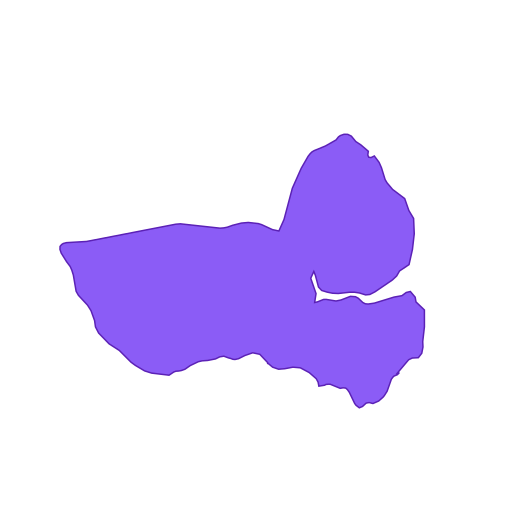 outline of Yangon, rotated 289°
{"feature_id": "MMR-3269", "entity_name": "Yangon", "entity_type": "Division", "adm_level": 1, "iso_a3": "MMR", "parent_name": "Myanmar", "parent_adm1": "", "projection": "orthographic", "projection_center": [96.162, 17.041], "detail": "fine", "context": "isolated", "style": "filled", "palette": "violet", "viewbox_px": 512, "rotation_deg": 289, "n_neighbors": 0, "source": "natural_earth", "source_scale": "10m", "svg_char_len": 2271}
<svg xmlns="http://www.w3.org/2000/svg" viewBox="0 0 512 512"><g transform="rotate(289 256 256)"><path d="M395.5,295.2L397.3,296.5L399.7,299.5L400.9,303.1L400.4,307.1L396.7,313.1L395.2,319.0L391.6,328.1L387.9,328.8L386.1,330.4L386.5,332.7L389.1,335.3L384.6,341.9L380.3,345.9L370.3,353.2L367.9,356.0L363.4,363.5L358.7,377.9L348.8,385.7L342.8,392.8L328.5,398.4L313.1,401.8L297.7,403.5L288.6,396.6L282.9,395.5L277.8,392.8L260.9,380.2L256.7,376.2L254.9,372.3L254.7,365.8L253.8,360.9L252.3,356.5L247.3,345.9L245.7,340.4L245.0,335.0L244.8,329.3L247.0,325.2L257.1,318.4L260.2,315.7L252.8,315.0L240.0,325.0L231.1,326.6L232.6,329.0L236.9,334.0L237.8,336.4L239.5,346.3L242.1,350.7L248.6,358.4L249.9,363.3L249.4,366.4L246.8,372.1L246.4,374.9L247.1,377.7L250.0,383.3L262.1,399.9L266.0,406.9L270.4,409.9L272.7,413.5L268.9,419.9L264.7,422.2L259.8,432.8L243.9,438.3L229.4,441.5L224.3,443.5L218.0,444.4L212.7,442.6L210.4,437.0L207.6,434.1L189.8,427.2L192.5,429.6L192.4,429.5L189.8,428.3L187.3,425.5L185.8,424.8L183.5,424.1L170.8,424.0L165.8,422.8L164.1,422.2L158.8,419.2L154.6,414.6L154.3,410.9L153.7,409.6L152.7,408.0L148.4,405.7L146.1,403.1L147.4,399.2L148.7,397.3L157.5,388.6L159.4,386.0L160.3,383.9L160.0,382.3L159.7,381.2L158.3,378.7L158.9,367.9L158.4,366.3L157.3,363.9L156.2,363.0L153.4,357.8L156.9,355.8L159.6,352.9L163.1,344.3L164.7,334.3L162.9,327.1L158.8,319.9L156.3,314.2L156.3,307.9L158.1,303.2L158.2,302.0L158.9,301.9L164.3,291.6L163.4,284.4L158.3,277.9L153.2,272.9L151.3,269.8L150.8,267.7L150.9,265.3L150.7,263.1L150.8,258.2L148.8,254.5L145.5,251.2L141.5,244.3L139.3,239.1L137.2,235.8L131.0,229.5L125.8,225.7L123.4,222.7L122.0,220.2L121.0,217.8L119.5,216.0L115.0,212.6L111.3,195.5L111.1,188.1L113.3,177.5L114.9,172.4L122.2,157.5L125.1,145.7L131.9,132.3L136.7,127.3L142.4,124.4L150.6,117.8L154.7,112.7L161.0,100.9L164.1,97.4L178.5,89.5L182.7,86.4L185.6,83.7L188.9,78.8L195.3,70.9L198.4,68.5L201.3,67.6L203.6,68.5L205.1,69.7L206.9,72.4L214.6,91.1L259.9,169.7L261.8,174.0L270.6,212.9L272.1,216.4L273.9,219.5L277.5,224.0L282.4,231.5L285.2,237.8L287.4,247.6L287.5,251.1L286.3,263.0L287.1,269.5L299.6,270.6L331.9,268.3L353.7,270.2L367.2,272.8L370.4,273.9L372.6,275.0L374.6,276.7L382.6,285.8L391.8,293.9L395.5,295.2Z" fill="#8b5cf6" stroke="#5b21b6" stroke-width="1.5"/></g></svg>